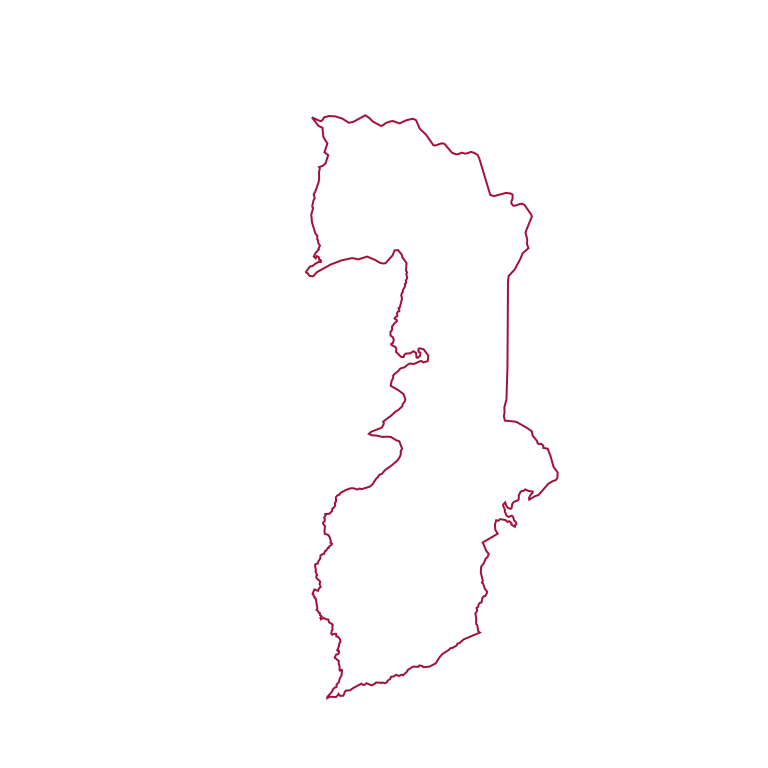 the district of Motanasela, Berea, Lesotho, rotated 238°
{"feature_id": "5366337B76858512274815", "entity_name": "Motanasela", "entity_type": "district", "adm_level": 2, "iso_a3": "LSO", "parent_name": "Lesotho", "parent_adm1": "Berea", "projection": "mercator", "projection_center": [27.805, -29.252], "detail": "fine", "context": "isolated", "style": "outline", "palette": "rose", "viewbox_px": 768, "rotation_deg": 238, "n_neighbors": 0, "source": "geoboundaries", "source_scale": "gbopen_adm2", "svg_char_len": 6166}
<svg xmlns="http://www.w3.org/2000/svg" viewBox="0 0 768 768"><g transform="rotate(238 384 384)"><path d="M466.6,588.2L469.3,587.7L471.1,588.5L473.0,591.2L476.4,593.4L478.4,592.4L481.4,588.7L485.1,576.8L488.0,574.3L524.7,584.3L528.8,584.8L532.3,582.9L534.8,580.7L535.6,576.5L536.7,574.5L538.9,572.6L539.7,568.7L540.7,566.7L544.1,564.2L555.7,562.5L557.5,560.6L559.1,553.9L560.3,552.4L573.1,551.8L581.4,549.6L590.8,551.0L593.7,549.0L595.8,542.9L596.8,535.3L602.3,530.9L603.3,528.7L604.3,524.3L604.0,519.2L604.6,518.1L612.7,513.5L617.4,512.5L621.8,510.5L622.6,496.8L624.1,492.7L631.3,489.2L637.0,484.3L640.5,479.1L641.9,474.3L640.7,472.5L640.2,470.1L642.0,468.3L648.3,464.2L637.6,465.2L633.9,467.6L625.7,463.5L617.9,463.4L612.1,456.3L607.7,458.0L602.1,451.4L601.5,447.3L602.4,443.9L600.9,443.8L597.4,440.6L593.0,438.2L589.7,435.4L583.4,427.4L582.1,424.9L578.3,423.7L576.9,421.3L572.8,417.3L570.7,417.0L566.1,412.0L559.0,408.5L547.6,405.5L545.0,406.0L542.3,404.1L540.7,404.1L538.2,402.9L535.2,403.0L533.5,400.1L532.7,400.1L531.4,395.4L529.3,392.0L526.8,392.7L528.1,394.7L526.2,395.8L525.3,395.9L523.9,394.9L522.5,395.9L521.5,395.8L521.0,394.9L522.1,393.4L522.4,389.7L522.0,385.8L522.9,383.4L520.5,377.4L519.8,377.0L518.6,377.9L515.2,378.1L512.9,381.0L514.4,386.4L513.6,401.9L511.3,413.7L507.6,423.9L503.3,428.2L501.0,437.2L493.9,442.2L488.9,444.8L486.7,447.1L485.6,449.3L488.6,459.6L491.7,463.7L490.1,466.9L484.0,467.6L481.8,466.7L474.6,467.2L468.4,462.7L466.5,462.8L465.6,461.3L461.5,459.8L460.2,457.4L458.0,456.3L457.7,454.6L455.9,453.9L453.4,449.5L452.2,448.8L451.8,447.5L449.9,445.5L446.9,444.6L440.6,438.0L440.6,436.5L438.7,436.3L437.6,435.5L438.1,434.3L437.3,432.8L434.4,431.1L434.6,429.5L434.0,427.7L431.2,428.7L430.2,427.9L430.1,425.5L428.4,421.2L425.6,419.5L424.8,417.1L421.6,415.2L418.9,416.3L416.4,415.8L414.1,413.4L414.2,411.5L413.4,410.9L409.3,413.3L406.9,412.9L405.0,411.2L397.9,412.9L396.5,414.8L398.0,416.8L398.3,418.4L396.1,422.7L396.2,426.3L393.6,427.6L389.2,425.7L388.4,426.4L388.6,429.0L389.7,430.4L391.3,431.4L392.8,430.5L394.1,430.7L395.5,432.0L395.5,433.0L392.5,436.0L384.6,436.6L380.2,433.1L381.5,428.7L383.3,428.2L384.2,426.9L385.1,420.1L387.6,416.8L387.9,415.1L387.3,410.5L388.5,406.1L387.3,402.3L386.8,397.5L386.1,396.0L384.2,395.0L382.5,392.0L378.9,388.7L370.9,393.0L365.0,395.2L359.7,394.0L358.3,392.6L356.9,388.9L355.5,387.9L354.4,382.5L354.5,379.1L353.4,373.4L352.5,363.3L351.3,363.3L349.9,362.2L348.2,359.1L350.3,347.9L349.7,344.7L346.8,346.6L344.3,350.3L340.2,354.3L337.5,359.0L335.2,361.9L330.1,364.4L327.3,366.6L319.5,365.1L318.2,362.6L315.3,360.9L313.5,358.2L312.2,355.3L310.9,347.6L310.5,339.4L308.9,334.6L309.5,332.0L308.1,329.2L308.1,327.8L306.4,323.8L305.0,321.2L304.5,317.5L306.6,309.6L308.4,307.7L308.5,305.6L311.7,302.9L313.2,300.5L314.4,295.3L314.7,289.2L313.8,287.7L314.2,285.5L313.5,283.1L309.8,281.1L309.3,279.4L306.7,278.0L305.6,275.4L305.7,274.2L303.6,272.3L303.0,268.8L304.8,265.2L303.8,265.1L302.5,262.5L301.4,262.5L299.2,261.1L298.8,259.2L298.1,258.4L294.4,258.5L290.9,255.6L288.2,254.4L285.9,256.5L284.3,256.9L279.2,255.8L277.7,254.5L276.3,255.3L275.5,254.5L275.2,251.3L274.3,250.3L274.7,249.4L273.3,246.5L273.5,245.2L271.7,243.3L272.2,242.7L272.3,239.4L269.7,237.3L268.2,234.0L266.8,232.5L267.5,230.4L267.0,229.5L262.4,227.7L261.2,226.5L257.3,226.0L256.9,224.6L255.0,224.0L250.2,225.2L248.4,223.3L245.5,222.8L245.1,220.7L243.6,218.4L246.7,216.1L243.9,212.2L242.8,212.7L241.3,211.9L240.2,212.4L239.1,211.8L238.1,212.4L229.1,208.6L228.2,207.1L226.0,207.8L224.7,207.4L223.8,208.2L222.0,207.3L220.0,208.0L219.4,206.1L218.0,205.8L218.3,207.2L217.5,207.8L217.5,208.8L215.1,210.3L213.8,212.0L211.0,211.1L207.7,212.8L206.7,212.8L205.8,211.6L203.2,210.4L202.5,209.0L200.3,207.0L198.8,207.2L198.4,209.6L197.5,211.0L195.2,209.8L194.0,211.1L190.9,211.4L188.4,210.5L188.1,209.1L185.3,206.6L183.0,203.2L182.2,203.3L181.9,204.3L180.3,203.9L179.3,202.1L179.9,200.0L178.1,197.2L172.9,198.9L171.0,197.4L168.1,196.7L164.7,194.6L164.2,194.8L164.1,196.6L163.6,196.8L159.6,193.8L157.5,190.2L154.9,187.6L154.3,184.6L152.2,183.2L152.6,181.2L152.2,179.0L150.6,176.9L148.8,170.4L147.7,169.4L147.3,172.7L144.0,177.3L144.4,179.5L145.3,181.2L142.8,181.5L141.3,184.2L142.2,186.0L143.6,187.3L144.2,189.4L142.2,192.7L142.5,195.9L141.9,206.0L140.5,206.4L139.2,207.8L139.5,210.6L134.9,213.8L134.7,217.8L135.1,219.0L132.9,222.3L131.9,222.9L131.8,224.3L129.6,226.4L129.6,228.6L130.5,229.9L130.5,233.0L132.0,234.7L130.8,237.5L131.0,240.2L128.5,241.9L128.2,244.9L126.9,245.5L127.9,251.4L128.9,252.6L128.9,258.9L126.0,263.3L126.6,264.8L124.6,267.0L123.0,267.3L120.2,272.8L119.7,279.9L122.7,286.0L124.1,290.3L124.1,297.5L124.7,300.4L123.9,302.3L123.7,306.8L124.9,308.8L124.3,310.4L125.2,316.3L122.4,333.6L124.2,332.9L130.2,335.3L131.7,335.0L136.8,338.2L140.9,339.8L142.3,342.9L145.1,343.9L145.1,345.6L147.1,347.8L147.6,349.4L147.0,350.8L150.7,354.4L151.1,356.4L150.5,357.5L152.0,360.2L153.3,361.4L156.6,361.0L162.4,362.3L163.7,361.8L164.8,363.6L172.7,366.1L177.6,369.6L179.1,373.5L182.2,378.0L182.2,379.8L184.3,382.8L188.1,382.3L197.3,383.7L196.8,401.1L201.3,401.1L205.9,403.5L209.0,407.0L207.4,408.6L207.9,410.8L204.3,414.9L201.6,415.6L201.3,417.5L198.3,418.4L197.3,417.5L193.6,419.3L194.9,420.5L195.1,421.9L196.6,422.7L199.4,422.0L202.7,423.0L204.6,422.6L205.3,419.1L207.7,418.2L211.9,418.9L213.2,419.9L217.8,420.5L218.8,421.8L219.4,424.0L215.3,423.1L213.1,423.6L211.2,424.9L211.0,426.3L214.4,429.3L215.2,431.5L214.4,436.2L215.4,437.6L218.0,439.2L220.2,442.6L220.2,444.3L219.4,446.0L219.8,447.9L216.8,449.8L214.0,453.1L213.0,452.3L212.5,449.8L210.4,446.5L208.9,445.9L208.9,452.1L208.0,456.3L212.4,470.7L212.2,475.8L211.4,478.8L212.5,481.2L216.9,484.4L224.0,483.9L234.9,487.1L242.4,488.5L245.5,485.2L247.1,486.4L249.0,486.0L250.3,485.2L251.0,483.4L252.8,482.9L254.0,483.6L261.7,482.7L265.5,484.3L271.2,481.9L281.1,476.5L282.7,475.2L288.9,467.1L293.2,468.6L295.8,471.0L300.4,473.7L306.1,479.7L331.9,497.0L404.8,543.2L409.5,546.9L411.9,555.6L417.9,566.0L421.4,570.9L422.6,578.5L427.3,579.5L430.3,581.9L437.6,584.3L447.6,598.1L449.3,598.6L461.2,598.1L463.4,596.9L464.6,594.9L465.5,590.4L466.6,588.2Z" fill="none" stroke="#9f1239" stroke-width="2"/></g></svg>